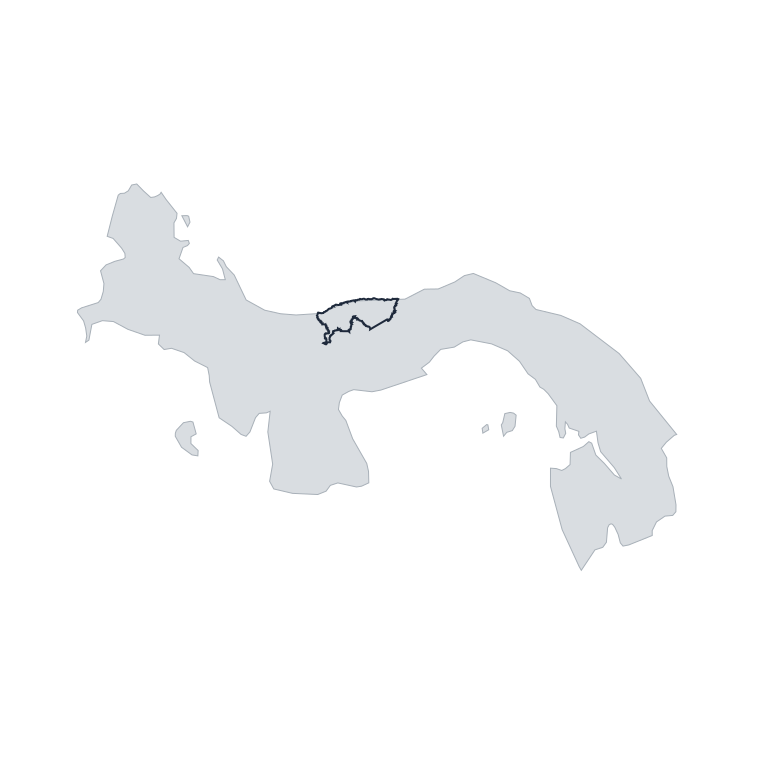 Donoso, Colón, Panama shown in context, rotated 15°
{"feature_id": "35544464B61389009226289", "entity_name": "Donoso", "entity_type": "district", "adm_level": 2, "iso_a3": "PAN", "parent_name": "Panama", "parent_adm1": "Colón", "projection": "mercator", "projection_center": [-80.539, 8.91], "detail": "fine", "context": "in_parent", "style": "outline", "palette": "slate", "viewbox_px": 768, "rotation_deg": 15, "n_neighbors": 0, "source": "geoboundaries", "source_scale": "gbopen_adm2", "svg_char_len": 8963}
<svg xmlns="http://www.w3.org/2000/svg" viewBox="0 0 768 768"><g transform="rotate(15 384 384)"><path d="M679.8,357.0L677.7,358.4L671.8,367.1L668.5,374.4L676.2,382.2L678.5,390.5L682.9,399.4L689.7,408.4L697.3,425.1L699.0,431.8L696.9,436.2L689.6,438.9L682.9,446.7L681.0,456.2L682.3,460.9L662.1,476.1L656.8,478.7L653.4,476.3L649.1,468.7L643.9,462.5L641.1,460.4L639.5,460.3L637.9,461.7L637.2,465.0L639.8,479.3L637.6,485.1L630.7,489.6L622.8,512.9L619.8,509.9L593.8,478.6L571.3,439.8L566.6,422.2L572.4,421.1L578.1,421.5L581.1,418.8L584.6,413.7L581.8,401.8L592.7,392.8L596.8,386.7L599.9,387.4L607.0,397.8L617.4,403.7L630.1,412.3L638.0,414.3L628.1,405.2L610.8,393.3L606.0,385.5L601.4,374.6L594.7,379.3L591.6,383.3L588.1,385.5L585.0,382.8L584.5,379.3L574.3,378.6L571.7,375.4L569.0,373.6L570.3,380.4L572.3,384.6L571.2,389.7L567.9,390.1L565.1,384.8L561.4,380.1L556.6,360.2L545.1,350.9L539.8,347.8L535.4,346.6L529.0,340.3L520.5,336.9L509.0,327.0L494.8,319.9L477.5,317.4L456.4,318.9L449.3,322.9L444.5,327.9L442.3,330.2L429.8,335.9L425.1,344.2L422.2,351.1L416.0,359.0L423.0,363.8L382.5,390.7L374.4,394.6L356.2,397.3L352.0,400.2L346.5,405.5L345.7,413.6L346.6,420.4L351.9,425.7L356.6,429.1L367.9,445.0L387.9,465.2L391.7,472.5L394.9,483.4L388.8,488.5L384.1,490.6L365.0,491.5L358.4,495.8L355.8,502.5L348.6,507.9L324.0,513.3L304.7,513.9L298.7,507.6L297.2,490.2L284.2,460.4L281.1,439.8L277.9,442.3L271.0,444.7L268.6,449.8L266.9,465.0L264.3,470.2L259.0,469.7L248.1,464.3L233.5,459.3L215.0,427.1L213.0,421.1L209.4,413.8L195.1,410.8L182.8,405.4L169.5,404.5L162.7,407.6L155.7,403.7L154.5,394.9L140.5,398.8L122.6,397.5L106.5,393.7L95.6,395.7L86.4,402.0L87.6,418.0L84.9,421.1L84.5,414.6L81.3,407.1L77.5,400.8L69.4,394.3L69.0,392.0L72.2,388.7L86.9,379.3L88.7,375.4L88.9,367.3L87.5,359.5L80.9,348.0L84.7,340.9L92.2,335.2L100.0,330.7L101.3,328.8L99.9,324.9L95.4,320.7L84.7,313.5L78.4,313.0L78.1,292.4L78.4,270.4L80.0,268.2L83.9,266.9L87.0,263.6L88.8,257.1L93.4,254.8L101.8,259.8L110.4,264.2L113.9,262.7L116.6,260.6L118.5,258.5L119.1,256.5L125.9,262.3L139.9,272.7L140.7,277.8L139.4,282.7L143.3,296.7L150.5,298.7L157.8,296.0L159.6,298.6L158.3,301.2L154.5,304.1L153.6,316.1L165.6,321.8L171.5,326.7L191.4,324.4L198.7,325.7L203.7,324.3L198.2,314.6L190.8,307.4L191.4,304.2L197.0,306.6L201.3,311.5L211.1,317.5L229.1,338.5L249.7,343.6L266.0,342.9L281.2,340.1L305.4,331.9L323.0,317.2L337.0,310.6L382.3,296.6L398.4,282.0L405.2,280.0L411.7,278.2L426.0,267.1L433.6,258.5L441.7,254.1L465.7,257.3L481.3,261.4L492.0,260.8L502.3,263.7L506.8,270.0L511.5,272.7L536.9,272.0L557.7,275.1L603.2,293.7L630.5,312.1L644.9,331.7L679.8,357.0ZM222.8,501.6L216.9,502.2L204.8,497.5L195.9,488.5L195.2,485.5L195.4,482.5L200.3,473.3L206.7,470.1L209.3,470.2L215.5,480.8L211.2,484.9L212.9,491.5L221.7,496.4L222.8,501.6ZM515.1,398.9L513.0,403.5L507.9,393.2L508.7,390.6L508.4,381.3L513.2,378.8L516.7,378.6L519.7,379.9L521.5,390.9L520.0,395.8L515.1,398.9ZM154.7,277.9L153.6,283.0L145.2,273.8L150.2,272.3L151.9,272.5L154.7,277.9ZM497.0,401.1L492.2,405.9L490.3,401.4L493.7,396.6L494.9,396.6L497.0,401.1Z" fill="#d9dde1" stroke="#a8b0b8" stroke-width="1"/><path d="M350.6,331.8L351.0,332.3L351.5,332.2L351.7,332.7L352.4,332.6L353.0,332.7L353.3,332.5L353.8,332.7L354.1,332.5L354.8,332.5L355.4,332.8L355.8,333.5L356.4,333.7L356.5,334.8L359.5,331.7L370.2,320.9L370.8,320.7L371.1,321.4L371.4,321.4L371.5,321.8L371.7,321.7L371.9,321.9L372.2,321.7L372.5,321.1L372.5,320.5L372.6,320.3L372.9,320.4L373.1,320.1L373.1,319.6L373.3,319.5L373.2,319.1L373.4,318.9L373.4,318.2L373.7,318.0L373.7,317.7L374.0,317.4L373.7,317.3L373.7,316.9L374.0,316.7L373.9,316.5L373.7,316.5L373.8,316.3L373.7,316.2L374.1,315.9L374.0,315.3L373.8,315.0L374.0,314.8L373.8,314.5L374.1,314.1L374.0,313.9L374.4,313.9L374.5,313.4L374.9,313.4L375.2,313.1L375.2,312.9L375.5,312.8L375.4,312.6L375.6,312.6L375.8,312.2L375.6,312.0L375.9,311.8L375.6,311.4L375.9,311.3L375.8,311.2L375.3,311.2L375.1,311.0L375.9,310.3L375.2,310.1L375.1,309.9L374.9,310.0L375.1,309.4L374.7,308.7L374.7,308.4L374.1,307.9L374.0,307.2L374.0,306.9L374.8,306.1L374.4,305.4L375.4,304.8L374.7,303.7L375.4,303.1L374.6,302.7L374.9,302.0L374.8,301.2L375.0,300.8L375.0,300.4L375.5,299.6L375.8,298.3L374.8,298.2L374.3,298.4L374.3,298.7L373.7,298.9L372.9,298.8L372.3,299.1L371.6,299.2L371.1,299.5L370.3,299.4L369.5,300.7L368.6,301.1L367.3,301.1L366.9,301.3L365.4,301.2L365.2,301.3L365.3,301.5L365.1,301.9L364.2,302.5L363.0,302.6L362.6,304.1L362.8,302.7L363.0,302.5L362.4,302.3L361.3,302.3L359.3,302.6L358.7,303.1L357.7,303.4L357.3,303.8L354.5,303.9L352.6,303.7L352.6,303.8L352.6,304.0L352.6,303.8L351.7,303.9L351.3,304.1L351.1,304.3L351.1,304.6L350.6,304.9L350.3,305.2L348.7,305.6L349.0,305.5L349.5,305.6L349.8,305.8L349.7,306.0L349.8,305.8L349.5,305.6L349.0,305.6L348.2,305.8L347.2,305.7L346.2,306.1L346.1,306.6L345.0,306.9L345.1,307.2L344.9,307.4L345.1,307.2L342.7,306.8L342.1,307.0L341.3,307.4L341.0,307.7L339.9,308.0L339.3,308.0L338.9,308.2L338.7,308.1L338.5,308.3L338.7,308.7L338.5,308.9L336.8,309.4L336.6,309.9L335.2,310.2L335.2,310.7L334.2,311.1L334.3,311.4L334.7,311.6L334.7,311.8L334.2,311.5L334.1,310.8L333.3,310.9L333.0,311.3L331.6,311.7L331.1,312.3L330.2,312.5L329.9,313.0L328.3,313.5L328.3,313.9L328.7,314.0L328.4,314.0L328.2,313.7L327.2,313.9L326.3,314.5L326.5,314.7L326.1,314.6L325.3,315.0L324.8,315.6L323.8,316.0L323.6,316.4L323.7,316.6L323.1,316.8L322.4,316.9L322.5,317.4L322.3,318.9L322.4,319.4L322.2,318.9L322.3,317.3L322.4,317.1L322.2,317.1L321.0,317.4L320.8,318.0L320.8,318.8L320.1,319.3L319.7,319.5L317.8,319.7L317.8,320.1L317.7,319.8L317.1,319.8L317.0,320.1L316.6,320.2L316.3,320.6L315.9,320.8L315.6,321.2L314.5,322.0L314.4,322.1L314.6,322.2L314.1,322.3L313.8,323.2L313.9,323.6L313.3,324.4L313.0,324.8L313.0,325.1L312.9,324.8L312.0,325.2L311.2,325.7L309.7,328.2L308.9,328.6L308.7,329.3L307.4,330.0L307.1,331.1L306.4,331.4L305.9,331.5L305.5,331.8L304.3,331.9L304.4,332.1L304.2,332.4L304.3,332.0L303.7,332.1L302.4,332.0L301.9,332.1L301.8,332.4L302.1,332.7L301.8,333.2L301.8,334.6L301.5,335.3L302.7,336.4L302.3,337.0L302.7,337.4L303.0,338.0L304.0,338.2L304.0,338.8L304.8,339.0L304.8,339.4L305.0,339.5L305.3,339.4L305.7,339.6L306.0,339.3L306.3,339.3L306.4,339.5L306.9,339.7L306.8,339.8L306.3,339.8L306.2,339.9L306.5,340.2L306.4,340.6L306.8,340.9L307.1,340.8L307.3,341.0L307.7,340.9L307.8,341.3L308.2,341.7L308.9,341.4L308.9,341.7L309.3,341.9L309.3,342.3L310.1,342.0L311.2,341.8L311.9,342.0L312.1,341.7L312.4,342.3L312.8,342.3L312.8,342.5L313.3,342.7L313.3,343.1L313.0,343.5L313.3,344.0L313.5,343.7L313.8,343.7L314.0,344.3L314.4,344.3L314.4,345.1L314.8,345.0L314.7,345.3L315.1,345.5L315.2,345.9L315.7,345.8L315.9,346.0L315.8,346.3L316.2,346.4L316.3,347.0L316.5,347.2L316.8,347.1L316.9,347.5L316.7,347.8L316.8,347.9L317.1,348.0L317.3,347.9L317.3,348.4L317.5,348.7L317.3,348.9L317.7,348.9L317.7,349.1L317.2,349.5L316.5,349.6L315.9,349.9L315.1,350.0L314.9,350.5L314.7,350.5L314.5,350.3L314.2,350.6L314.3,351.0L313.9,351.5L314.3,353.1L314.7,353.9L315.1,354.2L315.0,354.4L315.0,355.1L315.2,355.3L315.9,355.0L316.0,355.3L316.4,355.2L316.5,355.7L316.9,355.9L317.1,356.7L317.1,357.0L317.3,358.3L317.1,358.7L316.8,359.1L316.1,359.3L315.5,359.9L314.8,360.0L314.7,360.2L315.2,360.2L316.3,360.6L317.7,360.7L318.0,360.5L317.9,360.0L318.4,359.2L318.6,358.3L321.1,357.7L321.2,356.5L320.9,356.2L320.9,355.9L319.9,355.4L319.7,354.3L319.5,353.9L319.4,353.4L319.7,352.6L319.6,352.1L319.8,351.9L319.5,351.6L319.7,351.1L320.1,350.5L320.6,350.3L320.6,350.0L320.7,349.9L321.6,349.0L321.4,348.3L321.9,347.9L321.5,347.7L321.2,346.7L321.4,346.3L321.3,346.0L321.7,345.8L322.1,345.8L322.7,345.0L323.4,344.9L323.8,344.7L323.9,344.4L324.3,344.2L324.7,344.2L324.9,344.0L325.2,344.0L325.5,343.7L325.3,343.3L325.2,342.8L325.5,343.0L325.5,342.6L326.1,343.1L326.4,342.8L326.4,343.0L326.7,343.2L327.6,342.9L327.8,343.4L328.2,343.3L328.0,343.2L328.2,342.9L328.6,342.9L328.9,343.2L328.8,343.4L328.5,343.4L328.7,343.6L328.7,344.1L336.1,342.2L336.9,342.6L336.6,341.8L336.3,341.6L336.5,341.2L336.0,340.9L336.2,340.6L336.4,340.8L336.6,340.6L336.7,340.9L336.9,340.6L336.8,340.3L337.5,339.9L337.7,339.4L337.4,339.1L337.3,338.4L337.4,337.5L337.1,337.3L337.1,337.1L337.4,336.3L337.1,335.7L337.2,335.3L337.0,334.9L337.5,334.5L337.3,334.4L336.9,334.5L336.6,334.2L336.8,333.4L337.1,333.0L336.7,333.0L336.7,333.3L336.0,333.6L335.9,333.5L335.9,332.9L335.5,332.7L335.4,332.2L335.7,331.9L336.4,331.9L336.3,331.6L336.0,331.5L335.9,331.1L336.1,331.0L336.3,331.1L336.5,331.1L336.4,330.5L336.5,330.1L336.3,329.8L336.9,329.4L336.9,328.7L337.4,328.4L336.7,327.8L336.8,327.3L336.6,327.0L336.8,326.8L337.2,327.1L337.5,327.2L337.1,326.8L337.1,326.6L338.5,326.0L338.4,326.6L339.0,327.4L340.0,327.7L340.5,327.3L340.9,327.8L340.8,328.1L341.2,328.3L341.5,327.9L341.7,328.2L341.7,328.6L342.1,328.4L342.3,328.0L343.8,329.0L344.2,329.0L345.0,328.9L345.8,329.0L346.1,329.3L346.6,328.9L347.0,329.4L347.9,329.9L348.3,330.5L348.7,330.6L348.5,330.9L349.2,331.2L349.2,331.6L349.6,331.6L350.2,331.9L350.6,331.8Z" fill="none" stroke="#1e293b" stroke-width="2"/></g></svg>